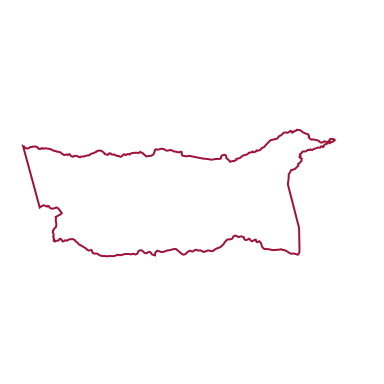 Valle Viejo, Catamarca, Argentina (Natural Earth projection), rotated 255°
{"feature_id": "61730980B26555197201604", "entity_name": "Valle Viejo", "entity_type": "district", "adm_level": 2, "iso_a3": "ARG", "parent_name": "Argentina", "parent_adm1": "Catamarca", "projection": "natural_earth1", "projection_center": [-65.688, -28.627], "detail": "fine", "context": "isolated", "style": "outline", "palette": "rose", "viewbox_px": 384, "rotation_deg": 255, "n_neighbors": 0, "source": "geoboundaries", "source_scale": "gbopen_adm2", "svg_char_len": 6022}
<svg xmlns="http://www.w3.org/2000/svg" viewBox="0 0 384 384"><g transform="rotate(255 192 192)"><path d="M243.5,151.0L244.3,148.2L244.4,147.6L244.7,147.2L245.1,143.7L245.0,142.9L244.7,142.0L244.3,141.5L245.0,140.5L245.3,139.9L245.3,139.3L244.8,138.1L244.8,137.4L245.1,137.1L245.9,136.6L245.9,135.1L244.6,133.4L244.5,131.9L245.6,130.8L245.9,130.2L245.9,129.9L246.7,128.3L247.1,128.0L247.6,127.2L248.4,126.5L248.5,125.4L249.4,123.7L250.1,123.6L250.7,122.4L250.6,121.5L249.8,120.9L249.8,119.8L250.1,119.5L251.3,117.5L252.8,117.1L255.0,115.3L255.8,113.8L256.1,113.1L256.0,110.2L255.5,109.9L255.4,109.6L255.3,107.9L255.1,107.1L255.0,104.3L254.6,103.0L254.1,102.4L254.2,101.0L254.4,100.4L254.4,96.2L254.8,94.8L254.9,93.4L254.5,92.8L255.5,91.3L256.0,90.9L256.7,89.9L257.1,88.7L257.3,87.4L256.9,86.5L256.9,85.9L258.6,84.0L259.3,84.0L260.2,83.5L260.3,83.2L260.0,81.4L260.6,81.0L260.7,78.6L260.9,77.9L262.8,76.2L264.6,74.8L265.6,73.0L265.8,72.2L266.8,71.0L267.0,70.1L267.9,69.1L268.4,68.0L269.5,67.3L269.7,67.0L269.8,66.3L270.2,65.9L270.8,65.0L272.3,61.2L272.3,59.9L272.2,59.6L272.4,59.3L272.9,59.1L273.2,58.4L273.2,57.8L272.8,57.3L273.0,55.8L273.7,54.8L274.8,54.6L275.0,54.1L275.9,53.5L276.7,51.8L276.7,51.0L277.1,50.0L277.0,49.0L277.2,48.2L277.2,47.2L276.7,46.2L276.6,45.3L276.6,44.7L276.9,43.4L277.2,43.0L277.7,42.7L278.0,41.6L279.5,41.5L279.5,41.2L280.0,40.7L216.4,40.9L217.1,42.7L217.6,44.9L217.1,46.0L215.4,48.2L215.9,49.0L215.4,50.1L214.0,50.3L212.4,51.8L211.9,53.3L212.0,56.0L212.2,56.9L211.3,58.1L210.3,58.7L206.9,60.2L205.2,60.7L204.6,59.3L204.4,59.2L203.2,54.0L202.8,54.2L201.0,53.4L198.4,52.8L196.1,52.7L193.5,51.6L192.2,49.3L190.8,48.1L190.7,47.8L189.0,47.1L187.0,47.4L185.2,46.9L184.9,46.4L184.1,46.3L183.7,46.5L182.9,46.6L181.5,45.9L181.1,45.9L181.1,46.5L179.2,46.1L179.5,46.3L180.0,47.7L180.0,48.4L179.7,49.6L179.9,50.8L180.8,51.8L181.0,52.3L180.7,53.0L180.0,53.6L178.6,53.8L178.1,54.0L177.6,54.6L177.6,55.2L178.2,56.8L177.9,57.8L177.4,58.2L177.6,59.7L177.9,60.2L178.0,61.9L177.7,62.8L177.3,64.9L175.7,66.4L174.8,66.7L173.4,67.6L172.4,68.5L170.6,69.2L169.4,70.7L166.7,73.3L164.4,75.3L163.1,76.0L162.2,77.1L162.0,79.9L161.4,80.1L159.2,80.2L158.5,80.6L157.6,82.0L157.6,82.9L157.2,84.1L155.9,85.5L154.9,86.3L153.6,88.3L152.4,92.1L151.9,93.2L151.4,96.2L150.4,99.4L150.4,102.9L150.7,103.3L150.4,104.7L149.9,105.2L149.3,107.5L149.5,110.6L149.4,111.7L148.8,113.3L148.6,114.5L147.7,116.7L147.5,117.6L147.6,118.8L147.3,119.7L146.5,120.8L146.3,121.5L146.4,122.7L147.1,123.7L148.8,125.0L149.1,126.8L148.8,128.0L147.1,129.5L146.0,130.0L145.1,130.8L144.6,132.4L145.1,133.5L145.3,134.7L145.2,135.6L143.9,136.6L142.2,137.1L141.4,138.1L140.4,139.9L142.9,140.8L144.1,142.6L144.1,143.7L142.2,146.5L141.7,147.6L141.6,149.1L141.9,152.9L141.6,155.1L141.6,160.2L140.9,161.9L134.4,166.5L133.8,167.4L133.6,168.8L134.0,170.2L135.4,172.4L135.8,174.4L135.8,175.0L134.4,176.7L134.4,177.6L134.6,178.4L135.1,179.2L135.1,181.2L133.8,182.8L133.5,185.0L131.0,187.8L131.4,192.1L131.2,193.1L130.0,195.1L129.7,195.9L129.6,197.1L130.4,198.7L131.0,201.1L131.3,204.4L131.9,206.3L133.5,209.0L134.8,210.4L136.8,213.3L136.8,214.8L136.3,217.1L136.4,218.3L136.7,219.0L138.3,220.4L138.6,221.2L138.7,222.5L137.9,223.7L136.8,224.7L136.4,225.5L136.5,227.0L136.3,228.3L134.8,230.4L133.3,230.3L132.6,230.5L132.1,230.8L131.7,231.5L131.6,232.8L132.1,234.9L132.0,235.4L130.8,235.7L129.1,236.9L128.9,237.6L129.0,238.6L129.5,239.7L129.6,240.3L129.5,241.2L129.0,241.3L127.8,241.3L127.1,241.4L126.5,242.4L127.0,243.4L127.0,244.3L124.9,245.4L121.1,245.5L119.3,246.3L118.2,247.2L117.0,251.0L116.1,252.9L115.1,254.4L115.0,255.8L114.3,257.5L114.1,260.2L113.5,262.0L113.7,263.0L113.5,263.7L112.7,264.4L111.9,266.3L109.5,269.0L107.9,270.3L106.9,271.5L106.6,272.5L106.4,273.8L105.4,275.9L104.0,278.0L105.5,279.9L108.1,280.8L129.5,286.1L174.6,286.6L179.5,288.6L184.1,290.1L186.0,292.2L187.2,293.0L187.5,293.5L187.3,294.3L187.5,295.0L187.5,297.0L187.8,297.8L189.5,300.6L189.8,301.5L191.7,301.8L192.2,303.6L193.2,304.8L193.6,305.8L195.0,306.2L195.9,306.7L197.2,305.1L198.1,304.9L198.3,305.1L198.5,306.1L199.2,306.3L199.7,306.1L200.1,305.8L200.7,306.4L201.1,307.3L201.3,308.0L202.4,309.2L202.3,310.4L201.9,311.6L201.9,313.1L202.7,314.6L202.1,316.4L202.5,317.5L201.4,318.8L202.0,321.0L202.3,325.5L201.8,326.6L201.8,327.7L202.3,328.1L202.7,328.6L202.3,329.8L201.6,329.9L201.6,330.7L202.3,331.1L203.4,332.3L203.7,333.0L203.6,334.6L204.0,334.9L204.2,335.4L204.1,335.8L204.4,336.7L204.2,337.4L203.5,337.8L204.3,339.0L203.9,339.8L204.1,341.0L204.8,342.3L205.1,343.3L206.0,343.1L207.1,340.6L207.2,338.7L206.0,338.2L205.3,336.1L205.4,335.1L206.7,333.1L206.2,331.6L206.2,329.8L206.7,328.9L207.3,328.4L208.1,328.1L209.4,326.6L211.6,322.3L211.5,321.3L213.0,319.6L214.6,318.9L215.5,319.6L217.8,319.0L218.4,317.8L219.8,315.9L221.3,314.3L223.4,312.9L225.0,309.4L224.4,308.6L224.4,307.4L224.0,306.8L224.2,305.6L223.6,305.1L223.4,304.6L223.7,303.8L224.7,303.9L225.5,303.1L225.3,302.1L224.8,301.4L224.5,299.4L225.3,298.1L225.5,296.1L223.7,292.6L223.4,290.6L221.5,288.0L221.7,281.2L218.7,276.1L216.6,273.0L216.4,270.6L215.3,269.5L214.9,267.9L214.8,266.9L215.0,266.0L215.4,265.5L215.3,265.0L214.7,264.5L214.8,263.7L214.4,263.0L214.4,262.0L214.8,261.2L215.4,260.9L214.9,259.9L215.2,257.0L214.7,256.5L214.1,255.0L214.0,253.5L214.1,250.9L212.4,246.9L212.5,243.5L211.6,243.2L211.4,241.9L210.9,240.5L211.4,239.9L211.4,236.5L212.6,236.1L214.2,235.2L215.7,234.0L217.4,234.3L218.8,234.1L219.7,232.6L219.4,230.1L218.6,229.2L217.9,229.1L216.8,228.3L216.9,227.0L217.7,223.6L218.2,218.9L219.2,217.1L221.7,210.7L227.6,198.7L227.9,197.4L227.8,196.0L229.2,192.9L229.8,192.0L231.2,191.9L232.1,192.3L233.5,192.2L233.9,191.5L233.6,190.1L234.1,188.6L235.3,186.6L235.8,185.1L238.1,182.4L238.3,178.9L238.8,177.7L240.6,176.1L241.7,173.8L241.7,169.8L242.6,168.2L242.2,167.1L241.0,166.6L239.6,165.4L238.3,164.6L237.6,162.1L238.2,157.2L238.6,156.6L239.5,156.3L239.9,155.8L241.3,155.1L241.7,154.5L242.5,154.4L243.1,153.7L243.4,152.9L244.2,152.2L243.7,151.8L243.5,151.0Z" fill="none" stroke="#9f1239" stroke-width="2"/></g></svg>